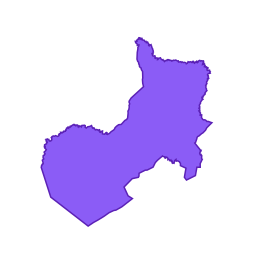 outline of Kaoma, Western, Zambia, rotated 345°
{"feature_id": "96606910B45616226024157", "entity_name": "Kaoma", "entity_type": "district", "adm_level": 2, "iso_a3": "ZMB", "parent_name": "Zambia", "parent_adm1": "Western", "projection": "natural_earth1", "projection_center": [24.477, -14.518], "detail": "fine", "context": "isolated", "style": "filled", "palette": "violet", "viewbox_px": 256, "rotation_deg": 345, "n_neighbors": 0, "source": "geoboundaries", "source_scale": "gbopen_adm2", "svg_char_len": 5838}
<svg xmlns="http://www.w3.org/2000/svg" viewBox="0 0 256 256"><g transform="rotate(345 128 128)"><path d="M210.4,144.6L207.0,142.3L206.0,142.2L205.0,140.5L204.1,139.9L202.9,139.6L202.4,139.0L201.7,136.8L202.6,134.4L202.2,134.2L201.8,134.6L201.0,134.3L201.9,132.3L201.7,131.7L201.4,131.6L201.6,130.8L201.3,131.0L201.1,130.6L201.0,130.0L201.5,130.2L201.9,129.7L201.8,129.0L202.2,128.2L201.9,127.7L202.3,127.7L202.4,127.2L202.1,126.9L202.7,126.5L202.9,125.5L202.6,125.1L203.1,124.0L204.4,123.0L204.5,122.2L205.2,121.4L206.7,120.1L207.7,119.7L207.3,119.3L207.6,118.8L207.3,118.3L207.7,118.1L207.3,117.8L207.7,117.2L208.4,117.2L209.2,116.6L209.2,116.2L211.0,115.5L210.9,115.0L211.6,114.4L211.6,113.8L213.9,112.3L213.6,111.6L213.9,110.6L213.6,109.3L214.1,107.8L214.0,107.1L214.8,106.6L214.8,106.0L215.7,105.6L215.6,104.7L216.0,103.5L216.4,103.4L217.6,102.1L217.3,101.2L217.6,100.9L218.5,101.1L218.9,100.9L218.5,99.3L219.1,98.8L219.1,98.3L218.6,97.8L218.5,97.2L219.5,96.3L221.6,96.3L221.4,95.5L222.0,95.0L221.6,94.4L221.8,93.4L221.3,93.0L219.7,93.0L219.4,92.7L219.7,90.8L220.6,91.0L220.8,90.4L220.1,90.1L219.6,89.2L218.8,89.3L218.6,88.7L217.7,88.6L217.8,88.2L218.5,88.2L218.7,87.9L218.3,86.5L218.4,86.0L216.4,86.0L217.1,84.7L218.0,84.6L218.3,82.9L218.1,82.6L217.2,82.6L216.7,82.1L215.3,82.1L214.9,81.3L214.5,81.2L213.3,81.6L212.9,82.3L211.6,81.3L211.3,81.9L211.8,82.1L212.0,82.5L211.8,82.8L210.1,81.6L209.5,82.4L208.9,82.6L208.3,80.6L207.9,80.8L207.8,81.4L207.4,81.4L207.2,80.6L206.4,81.1L205.6,80.2L204.3,80.1L204.1,80.3L203.2,79.5L202.2,80.7L201.0,81.0L201.0,80.5L200.5,79.8L199.6,79.2L198.3,79.1L197.5,78.2L196.5,78.5L196.2,77.6L194.0,77.4L193.8,77.2L194.0,76.2L193.2,76.1L191.7,74.7L190.6,74.8L189.7,74.3L188.9,74.4L188.6,74.7L187.9,74.3L187.3,74.5L186.8,73.6L185.8,73.5L185.5,72.9L184.9,72.9L184.8,72.5L183.8,72.2L183.1,73.0L182.7,72.8L182.8,72.5L182.0,72.6L180.4,73.2L180.2,72.1L179.7,71.9L179.5,71.0L178.8,71.2L177.8,70.0L177.5,68.6L175.7,68.6L174.6,69.6L174.1,69.6L174.6,68.1L173.2,67.5L172.4,67.8L172.1,67.3L172.7,66.2L172.6,65.2L171.6,65.2L170.5,64.6L170.5,62.5L171.4,62.9L171.7,61.5L172.2,61.2L172.1,60.3L172.4,59.4L172.1,58.6L172.3,57.9L171.9,56.4L172.0,54.9L171.6,54.2L171.8,53.5L171.0,53.6L170.4,53.0L169.8,54.1L169.5,53.9L169.3,53.6L169.7,52.9L169.2,50.1L168.3,50.4L167.8,50.3L167.9,49.0L166.7,48.8L166.2,47.2L165.3,47.1L164.6,46.5L164.8,46.2L164.6,44.9L164.2,44.9L163.4,45.7L163.0,45.2L162.9,43.9L161.9,43.6L161.3,44.2L161.7,44.8L161.4,45.2L160.3,44.9L159.7,45.2L159.1,45.6L159.2,46.5L158.9,46.7L157.5,46.2L157.5,47.6L158.8,49.7L158.4,50.5L160.0,50.6L159.6,51.6L158.9,52.1L158.2,53.1L158.2,53.7L156.5,57.4L154.5,63.8L154.6,66.0L155.0,66.7L155.2,68.1L154.9,68.8L155.3,69.8L155.0,71.6L155.5,72.8L156.2,73.5L156.0,75.1L156.7,77.2L155.2,83.5L154.5,84.9L153.8,88.6L153.7,92.1L138.7,99.9L136.1,102.3L135.7,103.2L135.9,105.1L134.8,106.6L134.7,107.9L133.6,110.3L132.3,111.7L132.0,113.5L130.2,118.3L128.9,119.4L126.9,119.9L122.4,122.8L119.8,122.4L117.4,123.3L115.5,124.4L114.8,125.4L113.7,126.2L110.7,127.2L108.7,128.4L106.4,128.9L105.7,128.3L106.4,127.7L106.5,127.1L106.2,126.8L105.7,126.7L103.6,127.9L101.8,127.0L102.6,124.3L101.4,124.4L100.3,125.1L99.9,124.9L99.7,124.5L100.1,123.5L100.0,122.3L99.4,122.3L98.8,122.8L98.2,121.9L97.3,121.3L96.4,121.5L95.9,121.3L95.2,119.1L94.6,118.9L94.2,119.3L93.7,118.8L93.4,116.2L91.7,116.6L89.3,116.4L87.7,117.2L86.8,116.3L87.3,114.7L86.8,114.1L84.1,113.6L83.5,114.5L83.4,114.0L82.6,113.9L82.5,114.1L82.1,113.7L81.7,114.0L81.3,113.4L80.7,114.1L80.6,113.7L80.3,113.7L80.5,113.3L80.2,113.3L80.1,112.3L79.7,111.9L78.8,111.8L78.3,112.3L78.1,111.6L77.7,111.6L77.1,110.9L76.9,111.2L76.4,110.6L75.6,111.1L75.7,111.5L75.3,110.8L74.2,111.2L73.7,111.7L72.9,111.3L72.7,112.1L71.8,112.5L71.3,112.2L71.3,111.9L70.8,112.0L70.5,111.7L70.3,112.2L70.1,111.8L69.9,112.0L70.0,112.5L69.6,112.2L69.4,112.4L68.7,112.2L68.4,113.0L67.7,112.8L68.0,113.1L67.6,113.4L67.5,114.2L66.5,114.2L66.7,114.3L66.6,114.9L65.1,114.5L65.0,115.1L63.9,115.4L63.5,115.0L62.9,115.2L62.2,114.9L62.4,115.5L61.6,115.3L61.0,116.0L60.4,115.8L60.1,116.3L60.0,116.1L59.5,116.2L59.6,116.9L58.9,117.7L57.8,117.9L56.0,116.6L55.7,116.7L54.7,116.9L53.7,116.3L52.3,116.7L51.6,117.3L52.0,117.5L51.5,118.4L51.5,119.4L51.0,120.0L50.6,119.7L50.7,119.9L49.9,120.6L48.7,120.2L48.5,118.5L47.5,118.5L47.4,117.8L46.4,117.8L46.7,118.2L45.9,118.3L46.1,118.5L45.6,119.2L45.7,120.0L46.2,120.5L45.9,120.7L46.1,121.2L45.2,121.6L45.1,122.2L43.1,122.6L42.8,123.8L42.5,123.9L42.3,124.9L42.5,125.5L42.7,125.4L42.5,125.8L42.9,126.0L42.8,126.5L43.5,127.7L42.3,128.8L40.8,129.5L40.7,130.3L41.2,131.1L41.0,131.7L40.0,132.6L39.3,132.5L38.9,132.8L38.3,134.8L38.6,136.1L36.9,136.9L37.0,140.1L36.4,140.8L36.1,140.6L35.5,141.0L35.5,141.4L34.5,142.3L34.5,142.8L34.0,143.5L35.5,174.8L64.1,212.4L70.3,210.3L75.2,209.1L82.2,207.0L87.8,204.9L92.9,204.0L95.1,204.2L101.7,202.5L114.0,197.3L110.5,193.5L108.9,184.0L119.0,178.0L125.2,178.3L126.1,177.4L127.0,174.6L133.7,173.2L135.6,173.6L142.1,172.3L145.4,168.5L148.1,166.8L154.0,164.0L154.1,164.3L156.6,165.7L156.6,166.0L155.9,166.1L156.1,166.8L156.8,166.7L157.5,166.1L158.1,166.4L158.7,167.6L158.3,169.0L159.4,168.9L160.0,169.7L159.8,170.3L160.4,170.5L161.0,170.2L160.9,170.9L161.5,171.8L161.6,171.0L161.9,171.0L162.1,172.4L161.6,173.1L161.8,173.5L162.2,173.3L163.3,174.0L164.6,171.6L166.2,170.8L166.0,172.5L167.5,172.6L169.0,174.0L169.0,174.7L169.5,175.7L168.9,177.9L173.6,181.8L169.7,190.2L171.0,193.4L180.8,191.4L184.4,183.7L187.6,184.6L188.5,181.1L191.6,177.5L191.3,177.3L191.3,176.2L192.1,173.7L191.6,172.4L191.2,172.7L191.1,172.3L190.8,172.3L190.7,171.0L190.9,170.5L192.2,169.5L192.7,168.7L192.2,168.7L192.4,168.4L192.1,168.3L192.2,168.0L188.6,159.8L189.6,159.3L191.8,156.0L192.0,155.3L193.0,154.3L194.6,154.0L197.6,152.5L199.1,152.1L202.3,150.2L204.2,148.1L210.4,144.6Z" fill="#8b5cf6" stroke="#5b21b6" stroke-width="1.5"/></g></svg>